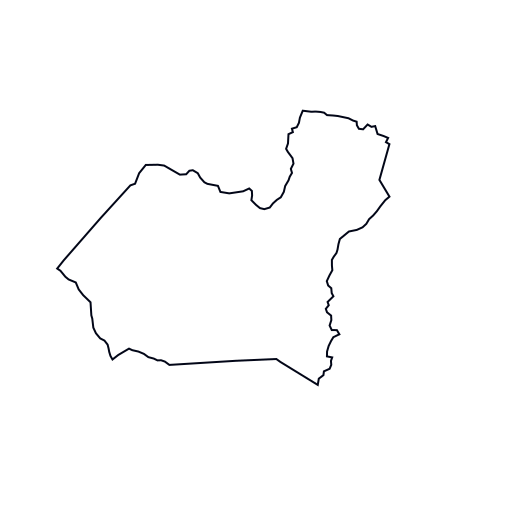 Wenceslau Braz, Paraná, Brazil (Robinson projection), rotated 232°
{"feature_id": "56859067B89117717047367", "entity_name": "Wenceslau Braz", "entity_type": "district", "adm_level": 2, "iso_a3": "BRA", "parent_name": "Brazil", "parent_adm1": "Paraná", "projection": "robinson", "projection_center": [-49.79, -23.87], "detail": "fine", "context": "isolated", "style": "outline", "palette": "ink", "viewbox_px": 512, "rotation_deg": 232, "n_neighbors": 0, "source": "geoboundaries", "source_scale": "gbopen_adm2", "svg_char_len": 1981}
<svg xmlns="http://www.w3.org/2000/svg" viewBox="0 0 512 512"><g transform="rotate(232 256 256)"><path d="M262.0,430.0L265.7,428.5L267.7,432.8L272.0,430.4L277.3,426.9L285.0,429.9L286.7,426.5L290.9,424.9L289.9,418.4L292.9,415.4L296.9,416.0L299.9,418.0L302.9,415.9L307.6,413.7L315.9,406.7L319.2,403.3L323.3,398.7L327.0,397.9L329.9,395.4L333.1,391.9L335.6,388.4L341.7,382.3L338.0,375.8L334.5,371.8L332.4,367.4L334.2,362.7L330.9,361.3L332.0,356.6L325.0,350.5L321.9,345.7L318.5,345.2L310.6,345.0L305.7,342.4L303.2,337.1L299.3,335.5L297.7,331.4L295.6,328.2L293.2,322.1L289.4,317.4L287.0,311.7L287.4,307.0L287.0,301.7L285.7,296.7L287.8,291.4L291.3,288.6L296.2,287.5L302.8,286.7L306.1,290.2L309.8,292.8L313.4,292.2L314.9,285.7L321.8,273.5L328.4,267.4L334.7,269.2L342.8,262.1L345.9,260.7L352.2,260.3L357.1,261.1L362.5,259.0L364.2,256.0L363.4,251.3L367.0,246.1L383.8,239.3L388.3,234.9L395.6,225.2L393.2,214.9L387.4,205.2L389.0,200.5L381.6,157.2L371.0,102.0L368.5,91.6L364.8,92.8L357.0,93.0L352.9,93.9L346.1,97.7L338.8,95.7L331.5,95.7L321.4,97.1L310.6,89.7L307.4,88.4L299.7,83.7L293.7,82.3L287.0,82.5L282.7,84.5L277.5,84.5L274.1,83.0L270.8,81.3L266.9,79.8L262.8,79.2L262.8,86.6L261.2,98.9L258.0,100.5L253.1,104.5L247.9,107.4L242.6,108.9L238.1,112.3L234.4,114.1L232.3,117.0L228.9,119.2L223.5,120.7L185.9,175.5L162.3,208.6L157.5,210.0L116.4,225.3L120.7,230.0L120.6,235.8L123.3,238.5L121.8,244.6L123.9,248.3L127.2,250.5L129.2,253.6L133.2,250.1L137.0,253.2L140.4,257.9L142.8,262.8L144.4,267.0L143.0,273.5L147.8,274.1L151.0,270.1L155.9,271.2L159.1,275.9L162.8,278.5L167.9,277.3L171.4,278.5L172.4,283.0L175.7,284.1L176.6,292.2L180.1,292.8L184.3,295.5L188.3,294.7L192.6,296.3L195.5,302.0L197.8,307.4L201.8,310.0L206.2,313.4L207.6,316.9L208.8,321.2L210.8,324.1L214.6,328.3L217.8,332.6L218.1,344.3L216.2,348.1L214.5,351.5L213.0,357.6L213.4,362.7L215.4,367.8L215.8,373.3L216.9,378.9L218.6,384.6L220.4,392.2L220.6,397.7L240.0,400.1L262.0,430.0Z" fill="none" stroke="#020617" stroke-width="2"/></g></svg>